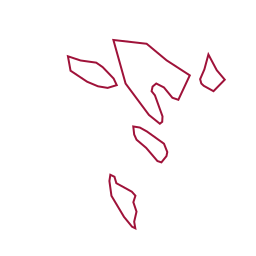 outline of Faroe Islands, rotated 17°
{"feature_id": "FRO", "entity_name": "Faroe Islands", "entity_type": "country or territory", "adm_level": 0, "iso_a3": "FRO", "parent_name": "Europe", "parent_adm1": "", "projection": "natural_earth1", "projection_center": [-6.816, 61.885], "detail": "fine", "context": "isolated", "style": "outline", "palette": "rose", "viewbox_px": 256, "rotation_deg": 17, "n_neighbors": 0, "source": "natural_earth", "source_scale": "50m", "svg_char_len": 881}
<svg xmlns="http://www.w3.org/2000/svg" viewBox="0 0 256 256"><g transform="rotate(17 128 128)"><path d="M171.7,59.6L167.9,86.3L161.6,86.1L150.5,78.7L142.0,77.2L139.4,81.2L139.8,85.9L144.2,88.9L157.6,106.8L158.9,112.1L157.2,114.6L144.2,109.4L112.7,86.2L88.3,48.1L121.2,42.0L145.1,52.0L171.7,59.6ZM86.0,77.2L99.8,84.9L104.7,90.3L96.8,95.6L87.1,96.9L75.4,95.7L56.3,90.0L49.6,77.0L62.9,77.3L78.5,74.8L86.0,77.2ZM161.3,215.8L164.3,221.8L160.7,221.2L150.2,214.2L132.0,197.7L125.7,184.1L124.8,177.9L129.3,178.6L133.0,184.2L150.3,187.8L154.9,190.6L154.8,197.4L160.6,205.5L161.3,215.8ZM173.0,143.6L170.0,151.1L165.8,151.0L151.2,141.7L139.6,136.7L135.8,132.4L132.6,125.0L139.2,124.1L147.1,125.8L167.0,132.5L172.6,139.5L173.0,143.6ZM206.4,53.5L199.0,67.8L188.1,65.5L185.1,64.0L182.7,60.2L183.9,49.6L183.4,34.2L196.0,46.8L206.4,53.5Z" fill="none" stroke="#9f1239" stroke-width="2"/></g></svg>